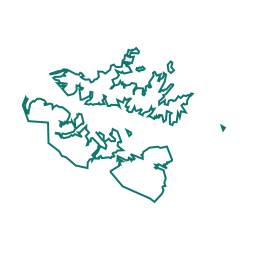 Hammerfest nor, Finnmark, Norway, rotated 69°
{"feature_id": "86288312B61529177731516", "entity_name": "Hammerfest nor", "entity_type": "district", "adm_level": 2, "iso_a3": "NOR", "parent_name": "Norway", "parent_adm1": "Finnmark", "projection": "mercator", "projection_center": [23.196, 70.658], "detail": "fine", "context": "isolated", "style": "outline", "palette": "teal", "viewbox_px": 256, "rotation_deg": 69, "n_neighbors": 0, "source": "geoboundaries", "source_scale": "gbopen_adm2", "svg_char_len": 5789}
<svg xmlns="http://www.w3.org/2000/svg" viewBox="0 0 256 256"><g transform="rotate(69 128 128)"><path d="M49.5,181.2L50.1,181.3L51.4,174.5L51.4,164.9L53.3,164.6L53.9,165.4L53.0,166.1L54.9,168.9L57.2,167.4L55.6,170.2L55.9,172.5L54.2,177.7L54.4,179.7L56.8,178.7L59.0,175.4L61.3,175.6L65.1,168.5L60.7,178.0L65.1,176.3L64.9,173.9L66.3,171.3L67.2,173.3L66.8,173.9L67.9,174.2L67.6,175.4L76.0,172.4L76.7,167.1L76.1,165.0L74.1,162.3L69.9,160.8L71.2,159.0L70.3,157.7L72.4,158.4L74.6,155.8L75.6,157.5L74.4,159.4L84.6,162.1L85.2,160.5L84.5,153.0L85.5,152.6L80.8,150.2L81.9,148.4L86.5,150.5L88.3,153.7L88.0,156.1L90.1,159.3L92.2,156.0L91.9,154.2L93.9,152.3L93.7,150.8L94.9,147.3L94.2,146.2L96.0,145.8L97.1,141.4L93.0,142.0L92.1,139.5L88.9,139.0L90.8,137.4L93.0,139.1L100.2,138.8L101.0,136.7L100.3,135.5L103.0,129.4L105.3,128.2L97.9,127.9L102.5,123.5L98.9,120.4L101.1,119.7L101.3,114.2L104.0,119.7L107.0,122.6L108.2,121.9L108.5,119.9L111.1,122.6L113.6,121.2L114.5,118.7L110.4,114.3L114.4,114.8L115.1,114.0L115.1,109.1L115.9,108.7L118.5,112.4L121.3,109.8L120.1,109.2L119.5,106.9L119.9,102.2L116.8,98.7L119.2,99.1L119.5,96.4L122.5,100.2L124.4,105.0L125.0,103.1L128.9,100.4L127.4,99.2L128.6,98.9L128.8,98.5L128.7,98.3L127.0,97.1L128.5,96.9L129.4,95.5L128.8,94.6L128.7,96.4L127.0,94.2L128.3,91.7L135.0,92.5L134.1,89.7L126.1,85.7L129.8,81.9L130.8,84.3L139.4,87.4L141.1,85.5L138.9,83.4L139.9,80.5L131.6,75.9L136.7,75.9L131.4,72.5L134.2,68.4L126.1,70.0L125.1,67.3L126.4,66.8L126.8,64.4L123.2,62.6L120.3,59.0L120.4,57.5L119.2,55.4L118.4,56.6L119.6,58.3L118.7,60.3L119.1,62.1L117.5,64.6L119.0,68.0L116.4,69.6L119.4,74.1L118.8,75.2L119.2,75.9L117.4,77.2L117.2,80.1L120.8,82.6L118.8,85.2L115.4,83.7L117.3,90.5L114.1,89.3L111.9,83.1L110.0,83.3L110.1,80.8L104.5,70.7L103.5,70.3L102.6,72.4L105.7,78.4L105.3,80.3L106.1,81.7L104.6,83.0L105.9,85.3L105.4,85.9L97.9,77.1L91.8,73.3L89.4,74.9L92.4,76.2L93.7,77.9L94.0,79.4L93.3,80.2L95.5,82.0L94.7,83.0L89.5,78.3L89.5,82.3L85.1,82.9L85.4,84.8L88.6,85.5L93.1,92.0L97.9,91.7L98.2,92.9L97.3,94.0L95.3,93.8L95.6,96.4L99.6,98.1L98.8,99.2L99.1,100.2L101.9,99.6L103.2,101.4L101.9,102.4L96.5,99.7L94.0,105.1L95.4,108.7L99.3,110.8L94.8,109.4L91.9,105.0L89.7,104.8L87.3,108.3L88.4,111.0L87.7,114.4L86.4,115.3L89.8,117.3L83.7,116.7L84.6,118.2L81.5,118.4L84.0,121.3L83.5,125.4L85.3,129.2L84.9,129.9L83.6,127.8L83.4,125.3L77.5,125.3L77.2,120.2L75.5,117.5L70.2,118.4L74.3,114.3L73.4,113.1L75.8,112.1L76.8,104.5L71.2,105.3L69.7,107.2L68.9,107.1L68.7,104.9L66.3,108.4L64.8,107.7L68.7,101.1L63.5,97.0L62.8,100.8L60.7,102.7L61.0,100.0L58.8,98.7L62.1,91.6L60.6,90.3L56.3,91.8L57.0,93.0L57.1,95.4L56.5,95.9L57.4,96.8L55.3,99.5L59.0,102.4L59.1,104.9L62.4,106.5L62.9,108.6L68.6,112.0L66.9,117.2L63.7,118.6L63.8,121.6L67.1,123.6L69.1,129.6L66.4,131.6L64.6,135.6L69.8,136.9L71.2,139.7L70.8,142.0L72.1,143.7L72.1,146.3L68.7,146.7L67.7,150.4L64.7,153.2L63.4,153.7L63.6,150.7L60.2,151.8L59.3,152.8L60.7,154.7L59.1,157.3L51.9,163.8L50.2,166.8L50.6,170.3L49.9,173.0L49.5,181.2ZM150.9,180.2L145.8,178.0L143.7,174.9L144.0,172.7L145.6,173.2L143.5,170.5L143.7,169.2L144.9,169.4L146.5,165.3L145.1,166.6L144.4,163.4L146.8,163.2L148.4,156.6L150.0,154.8L148.9,153.4L149.6,152.2L149.4,150.9L145.6,151.7L146.4,151.1L145.9,150.1L146.5,147.9L145.3,146.0L147.0,140.6L140.9,144.1L138.0,142.5L137.7,141.2L138.9,140.0L138.4,139.2L127.5,139.1L123.5,142.6L127.6,145.3L126.7,146.0L127.6,147.1L133.8,144.0L135.6,144.9L134.2,148.6L131.1,149.8L132.1,152.7L131.9,155.2L136.8,154.4L139.5,156.5L135.0,160.3L139.4,164.7L142.5,170.2L140.5,171.1L137.0,163.6L132.8,161.1L124.5,164.8L124.6,166.6L126.9,167.5L127.4,169.9L129.4,171.3L129.3,172.6L125.5,169.5L120.4,170.3L118.3,166.0L114.3,167.6L111.2,166.2L115.0,174.6L114.3,176.2L119.9,174.3L114.8,179.7L115.5,182.5L114.3,183.3L115.3,186.4L114.4,191.6L112.5,193.0L112.9,193.7L108.8,194.7L107.3,197.4L106.7,197.1L108.4,193.9L112.0,193.5L109.7,191.2L111.4,188.3L112.0,180.0L110.5,178.4L107.4,169.4L108.1,168.6L107.2,167.6L98.6,166.6L97.1,168.6L97.8,169.3L97.2,170.5L99.5,171.0L101.1,174.8L109.0,177.2L101.6,177.9L102.5,178.3L101.3,181.4L102.2,182.7L101.0,183.5L101.8,186.8L101.0,188.2L102.7,190.0L101.6,190.6L100.1,189.6L100.8,189.0L100.1,188.1L98.0,188.7L100.6,185.6L99.5,184.4L100.2,183.1L96.6,178.8L93.8,177.2L89.9,178.8L84.9,182.0L83.9,184.6L81.3,186.5L81.7,189.5L82.8,191.3L78.7,190.2L77.0,192.6L77.3,194.3L76.7,197.5L75.6,197.3L75.5,195.4L72.0,196.3L69.1,199.7L68.3,202.3L69.8,206.1L68.7,206.8L70.3,210.6L77.6,215.2L75.1,216.0L75.8,216.5L79.5,215.7L75.7,218.2L85.9,218.5L94.3,200.7L113.6,207.6L125.1,200.6L130.3,199.8L133.1,196.3L144.2,190.3L150.9,180.2ZM201.7,132.7L206.5,129.8L201.5,119.7L198.7,117.1L195.5,117.1L195.0,116.0L195.6,114.0L192.1,113.7L188.8,110.9L180.1,109.9L174.9,115.8L175.7,116.4L174.6,116.9L174.8,114.6L172.2,115.6L173.5,113.4L172.6,112.5L179.7,106.2L174.3,108.0L175.9,106.8L175.1,106.5L175.5,104.6L174.0,103.9L175.0,102.3L174.2,101.5L174.6,99.4L173.6,98.2L159.3,98.3L158.2,104.9L156.1,107.0L154.1,115.0L155.8,122.2L158.5,124.2L157.4,125.8L159.3,124.3L162.1,125.3L153.4,134.8L159.1,132.8L159.6,133.6L158.8,134.9L159.7,136.4L157.9,136.0L155.3,138.4L158.2,137.0L157.4,138.6L158.0,139.3L157.5,141.3L150.6,147.7L154.4,149.5L153.6,147.8L157.1,145.1L156.3,148.1L159.3,148.2L158.4,149.2L160.2,150.0L162.0,159.6L162.9,160.0L180.6,153.9L201.7,132.7ZM83.1,63.2L81.2,64.2L83.3,68.4L89.3,69.7L92.1,68.1L90.7,64.4L86.6,65.8L83.1,63.2ZM120.0,159.4L130.0,156.3L130.7,155.2L126.1,153.2L122.0,156.2L123.5,158.2L120.0,159.4ZM75.1,218.1L68.5,215.2L64.4,210.6L65.0,212.7L62.9,212.6L69.1,218.2L75.1,218.1ZM78.6,91.2L76.0,92.4L76.7,94.4L75.6,95.3L76.0,97.1L75.2,98.3L76.7,99.3L79.1,97.2L78.5,96.4L79.3,92.6L78.6,91.2ZM129.5,130.1L135.9,129.7L135.0,127.2L133.2,126.9L129.5,130.1ZM159.6,39.8L164.2,40.0L162.4,37.5L159.6,39.8Z" fill="none" stroke="#0f766e" stroke-width="2"/></g></svg>